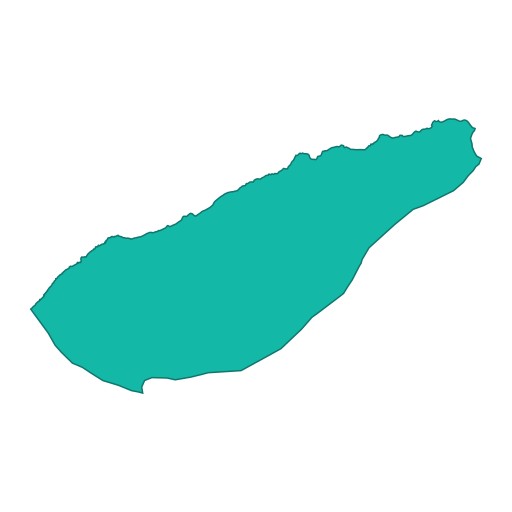 North Ambae, Penama, Vanuatu (Natural Earth projection)
{"feature_id": "77236927B69269343415786", "entity_name": "North Ambae", "entity_type": "district", "adm_level": 2, "iso_a3": "VUT", "parent_name": "Vanuatu", "parent_adm1": "Penama", "projection": "natural_earth1", "projection_center": [167.879, -15.323], "detail": "fine", "context": "isolated", "style": "filled", "palette": "teal", "viewbox_px": 512, "rotation_deg": 0, "n_neighbors": 0, "source": "geoboundaries", "source_scale": "gbopen_adm2", "svg_char_len": 6019}
<svg xmlns="http://www.w3.org/2000/svg" viewBox="0 0 512 512"><path d="M475.1,128.5L473.1,127.9L472.4,127.5L471.7,126.8L470.9,125.8L469.1,123.4L468.4,122.3L467.0,121.0L466.3,120.6L465.7,120.3L465.1,120.1L464.5,120.1L463.8,120.1L462.1,120.8L461.6,121.1L460.4,121.3L459.4,121.1L454.7,119.0L454.1,119.1L453.2,119.1L449.7,118.9L448.1,119.2L446.3,119.9L445.7,120.4L443.8,121.4L443.6,121.4L441.7,122.2L440.9,122.2L439.8,121.9L438.7,121.2L438.5,120.6L436.8,121.6L436.1,121.5L434.5,120.8L433.2,121.9L432.8,122.4L432.3,123.4L432.1,124.1L431.5,125.2L432.0,125.8L432.1,126.3L431.5,127.4L430.9,127.9L429.9,128.4L429.1,128.6L428.2,128.7L427.4,128.4L426.9,128.3L425.4,129.1L423.4,129.2L422.6,129.4L421.8,129.8L420.9,130.6L420.6,131.1L420.0,131.6L419.7,131.8L419.1,132.0L417.8,131.9L416.3,131.2L415.8,131.2L415.4,131.3L414.4,132.1L413.3,133.2L412.6,134.2L411.6,135.0L410.6,135.5L409.5,135.6L408.2,135.7L404.9,136.5L402.9,136.4L402.4,135.9L402.3,135.6L402.1,135.4L400.5,135.3L399.9,135.4L399.0,136.6L398.4,136.9L395.3,137.4L393.2,138.1L391.8,137.8L390.3,137.1L388.0,135.4L387.2,135.1L385.9,135.1L385.0,135.2L384.5,135.1L383.3,134.5L382.7,134.5L381.6,134.6L380.2,135.2L379.6,135.7L379.4,136.2L379.3,137.6L378.6,138.1L378.0,139.5L377.5,140.3L377.0,140.8L375.4,142.2L375.1,142.3L374.7,142.3L374.3,142.4L373.8,143.3L373.2,144.0L372.7,143.9L372.1,143.9L371.7,144.6L370.8,144.3L370.5,145.3L370.3,145.6L370.1,145.7L369.1,145.7L368.5,146.2L367.6,147.4L365.9,149.0L365.3,149.5L364.7,149.8L361.3,149.6L356.1,149.7L352.8,149.4L351.5,149.4L350.9,149.3L350.4,149.3L349.3,148.4L346.2,147.0L344.7,147.6L344.3,147.5L343.9,147.0L343.6,145.7L341.5,145.1L340.9,145.3L340.4,145.9L339.4,146.7L338.6,146.8L336.8,146.5L335.9,146.8L332.3,147.6L330.5,148.3L330.1,148.7L329.2,149.2L327.6,150.3L326.7,150.7L324.8,150.8L324.4,151.2L324.0,151.5L323.3,151.2L322.8,151.3L322.4,151.8L321.3,154.8L320.9,155.4L320.4,155.9L318.2,156.3L317.6,156.7L316.8,158.8L316.1,159.4L315.7,159.7L314.0,159.3L312.3,159.4L311.0,159.0L310.6,158.7L310.1,158.1L309.3,156.2L309.2,155.6L308.8,154.9L308.3,154.4L307.6,154.1L306.8,153.8L306.0,153.7L304.6,153.7L303.8,153.6L302.5,153.1L301.6,153.6L301.0,153.6L300.2,153.2L299.4,153.5L297.9,155.1L297.1,155.5L296.0,155.3L294.7,157.7L293.9,159.5L293.1,160.7L292.3,161.3L291.4,162.7L290.9,164.0L290.4,164.7L290.0,165.1L288.4,166.6L287.8,168.2L287.3,168.8L287.0,168.9L285.6,168.9L284.9,168.8L283.8,168.4L283.1,168.9L282.2,169.9L281.2,170.7L279.3,171.6L278.6,172.3L278.0,173.1L277.4,173.6L276.6,173.7L274.9,173.5L274.2,174.0L273.7,174.3L273.0,174.2L272.6,174.0L271.9,173.9L271.1,174.6L270.4,174.5L269.0,174.1L268.4,174.7L268.2,175.3L266.6,175.4L265.8,175.6L264.3,176.8L261.8,178.0L260.5,179.0L259.8,179.2L258.2,178.9L257.4,178.9L256.1,179.1L254.3,180.2L253.6,181.3L253.3,182.0L252.3,182.0L251.3,181.9L249.6,182.2L248.2,183.3L246.9,183.8L246.4,183.6L246.0,184.2L245.6,185.2L245.2,185.6L243.2,185.9L242.2,186.2L240.9,187.4L239.6,188.2L238.9,189.2L237.5,190.5L236.1,191.0L234.4,191.3L233.6,191.7L232.5,191.7L231.1,191.9L227.8,192.6L224.3,194.2L223.2,195.2L221.1,196.4L219.0,198.0L215.5,200.9L214.6,201.8L214.1,202.5L212.7,205.2L211.6,206.1L210.1,207.4L206.3,209.6L204.8,210.4L203.5,210.8L201.9,211.6L200.9,212.5L199.3,213.7L197.4,214.9L196.4,215.7L195.2,216.0L194.4,215.7L192.4,213.9L191.5,213.5L190.5,213.4L190.0,213.6L188.8,214.5L186.7,216.4L186.0,216.5L185.4,216.3L183.7,216.3L182.9,216.9L182.1,218.5L181.9,219.3L181.0,220.5L178.3,222.2L175.9,224.0L172.6,225.4L170.4,226.5L169.3,226.5L168.6,225.9L167.6,225.6L166.9,226.2L166.4,227.0L165.4,228.0L159.7,230.7L158.5,230.5L157.6,231.4L156.1,231.7L155.1,232.0L153.7,232.6L152.5,232.7L151.4,232.4L149.4,232.5L148.3,233.1L147.1,233.4L144.3,235.1L142.0,236.2L141.3,236.6L140.2,236.9L139.0,237.0L135.2,238.0L134.3,238.1L131.0,239.2L130.2,238.6L128.2,238.2L127.1,238.1L125.9,238.3L125.1,237.9L123.9,237.6L122.9,237.7L122.1,237.1L121.2,236.6L120.1,236.5L119.2,236.2L118.2,235.5L118.0,235.3L116.3,236.1L115.9,236.4L114.7,236.4L114.5,236.7L114.0,237.1L113.4,237.0L112.7,236.5L112.4,236.6L111.4,236.6L110.2,237.8L109.1,237.7L108.1,238.0L107.6,238.7L107.3,239.7L106.1,240.5L105.9,240.9L105.9,241.9L105.3,241.8L104.8,242.3L105.0,242.7L105.0,243.3L102.7,244.2L102.2,244.1L99.4,245.8L98.4,245.3L97.5,246.8L96.9,246.9L96.0,246.7L95.4,247.3L95.2,248.4L94.3,249.2L93.6,249.1L93.3,249.8L92.7,250.3L91.9,250.7L90.6,251.6L88.0,253.9L86.8,255.7L86.3,256.4L86.3,256.8L85.7,256.9L84.3,256.9L83.4,257.3L82.9,257.1L81.6,257.1L81.2,257.6L80.9,258.6L80.9,259.5L81.0,260.0L81.4,260.8L81.3,261.1L80.9,261.5L80.6,262.5L79.3,262.3L78.3,263.1L77.7,262.4L77.3,262.6L77.3,263.3L76.2,264.2L73.4,265.7L72.5,266.3L71.9,266.6L70.8,266.2L70.3,266.3L69.3,267.1L69.5,267.8L67.8,268.9L67.1,269.3L66.1,269.7L65.3,270.2L64.7,271.0L63.3,272.1L63.0,272.7L62.2,273.1L62.1,273.9L61.5,274.0L60.3,274.9L59.8,275.0L59.4,275.6L58.9,276.1L58.5,276.3L57.6,277.3L57.0,278.4L56.3,278.7L56.1,278.6L55.8,278.7L55.8,279.4L55.4,280.2L54.3,281.2L54.0,282.0L53.6,282.3L53.4,283.0L52.4,283.5L52.2,284.3L51.6,285.6L50.9,286.2L49.2,287.9L48.9,288.6L48.3,289.2L47.8,289.9L47.5,290.9L46.9,291.1L46.4,292.2L45.8,292.5L45.4,293.4L44.9,293.6L44.2,294.7L43.7,294.9L43.8,295.3L44.3,295.8L43.8,296.5L43.2,297.0L41.8,298.4L41.4,298.7L41.0,299.1L40.6,299.8L40.3,300.0L40.0,299.5L39.8,299.5L39.4,300.4L39.4,300.7L39.1,301.1L37.8,301.9L36.5,303.1L35.5,304.4L35.0,305.5L33.3,306.5L32.4,307.8L31.1,308.7L30.7,309.1L48.2,333.0L55.1,345.2L61.4,352.3L72.4,363.1L82.5,367.4L91.7,373.5L103.0,380.6L118.5,385.3L131.4,390.6L138.7,392.0L142.7,393.1L141.7,387.0L144.6,380.5L151.8,377.6L167.1,378.0L175.2,379.8L190.8,377.1L202.5,374.2L208.2,372.7L241.1,370.6L280.9,348.7L301.5,329.2L311.9,317.3L317.7,313.1L336.6,298.8L343.5,293.5L347.5,287.0L352.2,279.9L359.0,266.7L361.2,263.0L362.0,259.7L369.0,247.8L394.8,224.4L413.2,209.3L423.2,205.7L453.5,190.7L463.3,182.3L468.2,175.7L473.2,170.6L475.9,166.5L478.9,164.2L481.3,158.5L476.7,156.1L474.2,151.9L472.2,146.9L472.0,143.8L470.5,138.5L471.8,134.6L472.9,132.4L474.5,130.5L475.1,128.5Z" fill="#14b8a6" stroke="#0f766e" stroke-width="1.5"/></svg>